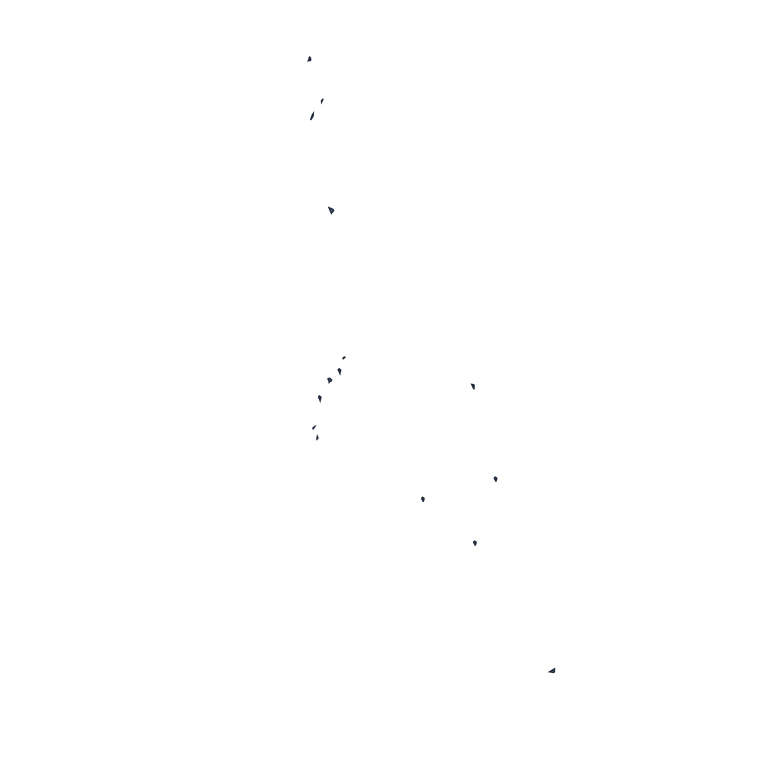 an SVG outline of Kaafu, rotated 158°
{"feature_id": "MDV-5230", "entity_name": "Kaafu", "entity_type": "Atoll", "adm_level": 1, "iso_a3": "MDV", "parent_name": "Maldives", "parent_adm1": "", "projection": "natural_earth1", "projection_center": [73.522, 4.408], "detail": "fine", "context": "isolated", "style": "filled", "palette": "slate", "viewbox_px": 768, "rotation_deg": 158, "n_neighbors": 0, "source": "natural_earth", "source_scale": "10m", "svg_char_len": 1547}
<svg xmlns="http://www.w3.org/2000/svg" viewBox="0 0 768 768"><g transform="rotate(158 384 384)"><path d="M368.8,562.0L368.9,567.9L368.9,568.0L367.0,566.1L365.9,564.9L365.8,563.6L367.3,562.9L368.8,562.0ZM338.1,55.1L332.7,56.0L333.9,53.3L335.0,53.1L336.4,54.1L338.1,55.1ZM434.2,406.1L433.8,407.5L434.0,408.9L434.0,409.0L433.8,409.9L433.1,409.8L432.1,409.5L431.1,407.3L431.7,406.7L433.0,406.6L434.2,406.1ZM302.5,345.4L302.8,350.7L301.1,349.7L301.1,348.7L301.8,347.3L302.5,345.4ZM316.7,251.6L316.7,253.2L317.0,254.6L316.9,255.5L315.8,256.0L314.8,254.6L315.2,253.7L316.0,252.9L316.7,251.6ZM420.9,410.4L420.9,410.5L420.8,412.1L421.1,413.3L421.1,414.3L419.9,414.8L419.0,413.4L419.3,412.6L420.1,411.7L420.9,410.4ZM359.9,200.0L359.8,201.6L360.1,203.0L360.0,203.9L358.8,204.3L358.6,204.0L357.9,203.0L358.3,202.1L359.1,201.3L359.9,200.0ZM391.7,260.1L391.6,261.7L391.9,263.0L391.8,263.9L390.7,264.5L390.4,264.0L389.8,263.1L390.1,262.2L390.9,261.4L391.7,260.1ZM449.4,392.7L449.3,394.3L449.6,395.6L449.5,396.5L448.5,397.1L447.5,395.7L447.8,394.8L448.6,393.9L449.4,392.7ZM333.0,712.1L332.0,713.1L331.1,714.4L330.5,714.9L330.1,713.8L330.6,712.0L331.3,711.6L332.2,712.0L333.0,712.1ZM353.2,656.3L349.5,660.4L348.3,661.2L349.2,659.3L350.3,658.3L353.2,656.3ZM413.0,422.6L412.9,422.6L411.3,423.8L409.7,423.6L413.0,422.6ZM336.2,668.9L335.9,669.9L333.6,671.2L333.5,671.3L336.2,668.9ZM466.9,357.9L466.9,358.0L465.5,360.2L465.5,358.7L466.9,357.9ZM466.9,368.6L466.0,370.0L464.3,370.5L464.2,370.5L466.9,368.6Z" fill="#64748b" stroke="#1e293b" stroke-width="1.5"/></g></svg>